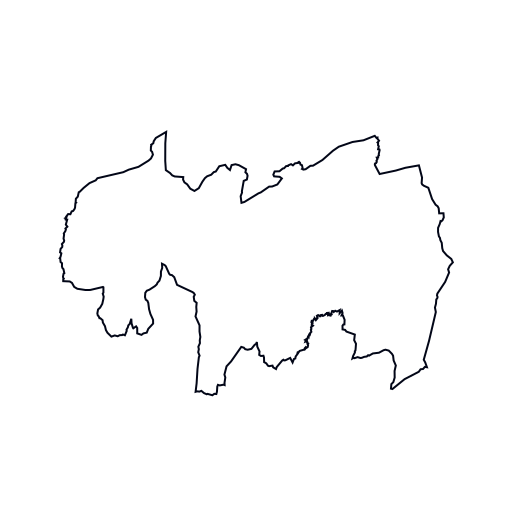 the district of Gomoa East, Central, Ghana, rotated 195°
{"feature_id": "2480657B26264719340764", "entity_name": "Gomoa East", "entity_type": "district", "adm_level": 2, "iso_a3": "GHA", "parent_name": "Ghana", "parent_adm1": "Central", "projection": "equal_earth", "projection_center": [-0.589, 5.477], "detail": "fine", "context": "isolated", "style": "outline", "palette": "ink", "viewbox_px": 512, "rotation_deg": 195, "n_neighbors": 0, "source": "geoboundaries", "source_scale": "gbopen_adm2", "svg_char_len": 6114}
<svg xmlns="http://www.w3.org/2000/svg" viewBox="0 0 512 512"><g transform="rotate(195 256 256)"><path d="M279.2,109.2L277.9,110.0L275.5,110.4L273.9,111.6L270.7,110.1L267.8,109.7L267.1,110.3L262.1,110.2L260.6,112.1L258.6,112.4L258.6,114.8L259.6,119.9L259.4,121.7L257.5,121.6L254.1,123.3L252.9,123.2L253.6,125.4L254.2,130.7L255.8,133.3L255.9,141.8L252.8,147.7L246.7,164.4L244.0,164.3L242.3,163.2L239.8,163.3L236.4,165.1L234.3,169.9L233.2,171.0L232.9,173.1L231.3,168.8L227.9,164.7L227.3,161.3L225.3,160.7L223.0,161.6L222.0,160.0L220.7,155.6L218.3,155.0L216.0,153.1L214.8,153.0L211.7,154.4L210.6,152.9L207.4,152.0L207.2,154.2L203.6,161.9L202.7,162.9L201.8,162.4L200.6,162.9L196.6,166.4L193.1,162.6L192.7,166.3L191.5,167.2L191.7,169.2L190.2,173.0L190.4,173.7L190.8,173.2L190.8,173.8L189.9,174.1L189.3,175.6L185.5,177.9L185.0,179.0L184.6,178.6L184.2,179.5L184.8,180.0L184.3,180.9L183.5,180.3L182.5,181.4L182.6,183.5L183.4,184.2L183.0,185.1L184.1,185.5L184.3,186.3L185.1,186.2L185.4,187.1L186.1,186.4L186.0,187.5L186.8,187.7L186.0,188.6L185.3,187.7L185.0,187.9L184.9,191.8L184.7,192.3L184.2,191.8L184.4,193.9L184.1,194.7L183.6,194.3L183.5,196.2L182.9,197.1L183.9,198.9L183.6,199.9L184.4,201.1L184.2,202.3L183.8,202.2L182.9,203.5L184.4,204.1L184.6,205.9L185.4,206.4L185.4,207.2L184.3,206.7L184.7,208.0L184.2,208.1L183.7,210.1L183.1,210.2L183.2,210.9L181.6,209.5L181.0,210.8L181.8,211.1L180.5,212.2L181.7,214.0L180.7,215.0L179.0,214.4L178.8,214.9L178.2,214.7L178.1,215.7L177.0,216.2L176.7,215.5L175.9,215.4L174.2,216.9L173.7,218.1L172.8,218.3L172.8,219.3L171.2,219.9L171.1,218.4L170.6,219.0L169.8,218.9L170.0,218.1L169.4,218.5L169.2,217.7L168.5,217.7L168.4,218.7L167.8,219.2L168.4,220.2L168.2,222.6L167.1,222.8L166.4,222.1L165.3,223.6L163.4,223.3L161.3,225.3L161.4,224.4L160.8,224.1L160.4,222.4L158.9,225.5L157.6,223.3L158.0,220.7L156.7,221.1L153.9,217.3L152.9,212.8L153.9,212.4L154.4,211.0L153.4,207.5L150.8,207.7L149.1,206.4L140.2,205.7L139.4,200.1L136.7,197.1L135.8,192.4L135.5,190.4L135.9,189.6L135.5,188.4L136.3,184.6L136.3,182.0L135.3,183.0L134.4,182.8L131.7,184.6L128.7,184.5L127.5,185.0L125.4,186.6L123.0,187.6L122.0,189.2L121.0,189.0L117.9,192.1L112.2,194.4L108.4,198.0L106.7,199.0L103.3,199.0L99.4,196.7L97.8,195.2L96.0,190.7L92.6,186.4L92.4,180.8L90.6,174.5L90.7,169.7L92.1,167.3L91.3,162.8L89.8,162.8L80.6,175.5L68.8,186.3L67.7,189.2L65.4,190.1L64.2,192.6L62.1,192.8L65.0,197.0L67.1,199.2L66.9,218.8L67.8,248.4L69.8,252.5L69.8,256.4L70.6,260.7L70.0,262.1L70.0,263.4L71.0,264.8L71.1,266.6L66.6,279.9L65.2,290.0L67.0,292.9L66.3,296.7L64.2,300.8L66.6,303.7L71.9,306.0L76.6,309.2L78.1,311.7L80.0,316.8L82.0,319.0L83.0,321.1L84.4,322.3L86.4,326.4L87.4,330.3L86.8,334.4L86.8,337.5L86.0,337.4L85.1,338.8L84.6,341.9L86.0,345.8L90.1,344.6L91.9,349.4L93.4,351.0L95.8,352.0L100.6,356.5L107.2,366.5L112.0,367.3L114.0,368.1L114.9,369.3L115.9,374.7L122.1,385.7L134.5,379.9L143.1,374.7L157.8,367.2L164.6,374.5L165.0,375.5L164.9,376.2L164.1,376.7L163.7,378.2L164.3,379.1L163.8,381.0L164.8,382.3L163.5,382.8L163.8,384.2L163.3,385.2L163.8,386.0L164.0,390.3L164.4,390.9L165.7,390.7L165.8,393.8L166.8,394.6L167.3,396.8L168.0,397.1L167.0,399.2L168.9,400.6L169.3,401.8L170.1,401.2L172.4,402.8L182.1,395.6L192.3,391.1L204.3,383.0L208.9,377.6L216.7,365.9L224.3,358.0L226.8,357.2L230.5,352.7L232.6,351.7L234.1,352.0L233.7,352.9L235.1,355.6L236.7,355.8L237.6,357.4L238.8,358.1L239.3,357.7L239.2,356.9L242.3,355.6L243.8,353.1L245.9,353.8L248.3,351.9L248.4,351.2L250.1,350.7L251.6,348.0L252.8,347.4L255.3,343.9L259.9,342.5L260.3,339.0L259.1,337.6L253.7,338.6L251.1,337.6L253.9,330.6L258.4,327.3L261.3,326.4L267.9,318.6L269.8,317.2L281.2,305.2L283.8,303.6L286.3,309.8L285.9,313.7L286.4,314.9L287.3,325.4L284.6,327.5L284.9,331.3L286.0,333.1L287.9,334.1L288.1,337.3L296.1,339.3L299.6,339.3L303.1,337.5L303.4,332.3L306.5,333.7L309.3,336.1L314.7,333.2L316.7,327.2L318.5,326.1L320.3,322.9L323.8,320.4L325.5,318.0L327.0,313.9L328.8,306.7L332.3,302.9L336.9,304.0L341.0,307.4L344.2,308.6L346.2,310.9L346.7,313.4L355.1,311.8L357.8,312.2L360.5,313.9L365.3,315.6L368.3,324.4L372.8,341.5L374.9,352.6L383.3,344.1L384.5,340.4L384.4,338.3L386.1,336.3L385.6,335.4L385.8,334.6L384.9,330.7L383.3,329.7L381.8,327.2L382.7,323.0L384.5,320.3L392.6,311.7L401.2,306.5L405.9,302.6L429.3,290.1L430.4,287.6L435.7,283.3L440.1,277.2L442.9,272.4L443.7,271.7L443.5,267.2L444.8,264.7L444.1,261.1L443.6,260.9L444.1,260.2L443.3,255.8L443.5,254.3L444.3,252.2L445.6,251.4L446.1,248.3L448.3,247.9L449.5,245.0L449.1,244.8L449.3,243.9L449.9,243.3L449.4,243.2L449.7,242.6L449.3,241.9L447.8,242.2L447.8,237.1L445.8,235.5L447.2,233.2L446.5,232.4L446.6,230.7L447.5,228.0L446.9,227.0L446.4,223.0L445.3,221.3L445.2,220.0L446.6,217.3L445.7,215.9L445.5,214.5L446.6,212.3L446.2,208.8L444.7,208.2L444.6,204.6L445.0,203.2L444.6,203.2L443.2,199.6L441.5,198.8L440.7,195.6L439.8,194.2L438.6,193.5L436.7,189.8L437.3,189.2L437.1,186.1L436.5,184.8L435.8,184.4L436.1,183.3L435.7,181.8L429.3,183.2L426.8,182.4L423.6,179.1L420.1,178.1L412.0,179.0L407.3,180.3L395.8,186.5L395.3,186.3L393.9,181.1L394.3,180.0L392.6,177.3L392.3,174.8L392.1,170.0L393.2,165.8L394.7,163.5L394.4,159.5L393.4,157.6L392.4,157.1L391.1,155.4L390.3,155.6L387.6,154.3L386.7,152.1L383.7,149.1L381.8,145.6L379.6,143.4L374.8,140.7L371.9,142.7L368.8,142.7L367.2,144.2L364.8,145.0L364.2,145.7L362.1,145.5L361.5,150.2L362.0,151.3L361.3,154.0L361.4,155.9L360.4,157.7L360.2,163.1L358.8,158.8L356.3,154.8L355.8,154.4L353.6,157.0L352.1,155.7L350.7,150.5L346.2,150.2L344.7,152.1L341.7,153.7L341.2,157.8L337.9,164.1L338.9,167.7L343.0,172.7L345.5,176.9L347.9,182.8L349.3,184.6L351.2,185.3L352.6,187.6L353.4,191.8L352.5,194.2L350.2,195.9L345.9,200.7L344.5,202.9L344.2,204.8L342.9,207.2L342.7,212.1L343.8,216.4L343.5,220.2L344.8,224.2L341.9,223.6L340.5,222.8L335.3,216.4L334.0,215.6L332.3,215.8L329.5,214.4L324.8,207.7L307.9,204.7L306.3,204.0L305.1,202.8L305.6,200.5L304.0,196.7L301.2,195.4L300.5,191.3L299.0,186.9L298.8,182.0L292.6,174.4L291.0,168.4L288.8,163.4L288.5,160.0L287.6,157.3L288.2,153.4L287.1,151.2L286.9,148.1L284.7,145.1L285.0,143.5L283.3,131.9L280.4,117.6L279.2,109.2Z" fill="none" stroke="#020617" stroke-width="2"/></g></svg>